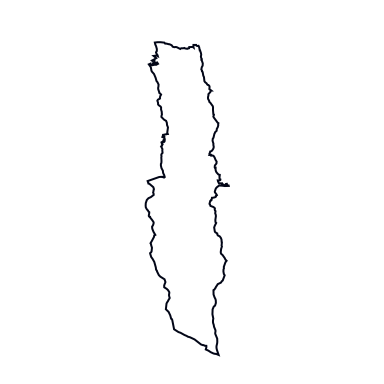 outline of Negomir, Gorj, Romania, rotated 38°
{"feature_id": "2599482B59466565061735", "entity_name": "Negomir", "entity_type": "district", "adm_level": 2, "iso_a3": "ROU", "parent_name": "Romania", "parent_adm1": "Gorj", "projection": "albers", "projection_center": [23.194, 44.802], "detail": "fine", "context": "isolated", "style": "outline", "palette": "ink", "viewbox_px": 384, "rotation_deg": 38, "n_neighbors": 0, "source": "geoboundaries", "source_scale": "gbopen_adm2", "svg_char_len": 6030}
<svg xmlns="http://www.w3.org/2000/svg" viewBox="0 0 384 384"><g transform="rotate(38 192 192)"><path d="M313.3,304.0L308.7,301.0L307.3,299.8L306.2,298.4L304.9,295.6L304.1,294.4L302.1,292.0L297.9,289.6L297.2,289.0L296.4,287.5L295.6,286.5L292.3,284.6L290.9,283.3L289.5,282.4L288.6,281.6L287.3,279.8L286.8,278.7L283.4,275.8L280.5,271.8L279.7,268.9L280.1,267.3L279.1,264.7L277.4,262.7L276.5,262.0L274.6,261.1L272.1,259.5L269.4,256.2L269.3,255.9L269.7,255.2L269.7,254.6L269.5,253.6L269.6,252.9L269.3,252.1L269.2,250.1L269.0,248.8L270.5,245.8L270.6,245.3L270.4,244.2L270.7,242.8L269.0,237.5L267.6,237.0L265.8,235.4L264.6,233.8L264.1,232.4L263.2,231.5L261.6,226.8L261.6,224.9L260.0,224.7L258.4,223.9L254.7,222.8L253.2,222.8L252.4,222.4L251.6,221.6L250.0,218.9L249.1,216.5L248.3,216.0L246.5,213.2L246.0,213.1L245.6,212.4L245.2,212.1L244.5,211.3L243.0,210.4L241.2,209.9L239.0,210.3L238.0,209.8L237.4,209.1L235.1,209.4L234.2,209.0L231.3,206.3L230.7,204.5L230.1,201.5L229.3,201.4L228.5,200.7L227.5,199.5L225.7,196.3L224.7,195.3L223.4,194.5L222.3,192.6L221.4,192.4L220.6,191.7L220.2,190.9L219.5,190.6L217.9,190.7L215.1,191.6L213.9,190.8L213.1,190.6L211.9,187.9L212.2,187.5L211.9,186.8L212.3,186.3L211.3,184.3L211.8,183.9L213.3,182.1L213.7,180.9L213.2,180.4L213.6,179.2L213.0,178.9L210.2,178.1L209.7,177.6L208.8,175.2L208.6,174.3L208.7,172.8L209.4,170.2L211.8,168.5L214.2,167.1L217.2,164.6L216.8,164.3L215.6,165.2L215.2,165.1L215.0,164.5L214.4,164.1L213.9,164.7L214.5,165.2L214.5,165.7L214.0,165.6L213.8,165.8L213.7,166.2L213.9,166.6L213.4,167.0L212.3,166.8L211.7,166.9L211.6,167.6L211.4,167.8L210.5,166.9L210.4,167.1L210.1,166.9L207.9,168.6L205.9,167.6L205.2,167.0L206.0,166.5L206.4,166.0L206.9,165.3L206.9,165.0L206.6,164.6L205.9,164.8L205.5,164.5L204.1,162.9L204.0,162.4L203.3,161.4L202.4,161.9L201.8,161.9L199.5,161.5L198.4,161.1L197.0,160.1L196.0,158.8L195.9,159.1L195.7,159.1L194.6,158.5L193.7,157.0L193.7,154.5L192.7,152.9L190.6,152.1L188.6,150.9L186.8,150.3L185.9,150.5L184.8,151.5L184.3,150.9L184.1,150.9L183.4,151.8L182.9,152.1L182.8,151.5L182.2,151.2L181.9,150.0L181.4,148.9L182.0,148.1L182.3,147.2L182.2,145.2L181.8,143.8L181.2,142.9L179.9,141.8L179.1,140.7L176.7,139.0L175.6,137.3L175.5,136.0L173.8,132.3L173.7,131.4L173.4,130.8L173.7,128.6L172.7,127.0L172.4,125.1L171.7,123.4L170.9,122.5L170.4,121.5L169.5,121.6L163.1,119.8L162.2,119.2L161.8,117.7L161.6,117.5L161.0,117.6L160.6,117.2L158.0,114.4L156.5,112.4L155.6,111.6L151.5,110.4L150.1,110.3L149.4,109.6L147.3,108.7L146.2,107.4L145.5,105.8L144.7,104.8L144.9,101.9L144.3,100.8L144.9,100.2L142.3,100.2L141.1,98.3L140.2,97.7L139.0,97.6L138.5,97.9L137.8,97.9L136.6,97.4L134.7,97.4L133.5,97.0L130.7,94.1L129.3,93.4L126.5,90.9L125.6,90.8L125.2,90.2L123.9,89.7L122.9,87.7L122.6,85.9L121.3,84.0L118.7,82.3L118.1,81.5L117.8,81.8L117.4,81.2L115.7,79.9L114.7,78.1L113.5,77.0L111.1,75.4L110.9,75.6L108.5,73.5L107.1,72.8L106.4,73.6L105.7,73.9L105.1,73.9L104.7,73.6L102.6,75.2L103.6,76.6L104.3,77.2L103.3,77.2L101.8,78.5L100.6,79.5L101.2,80.5L100.8,81.1L100.2,81.6L100.1,82.1L98.0,83.2L97.3,83.2L96.6,84.1L95.2,85.2L94.8,85.8L94.7,86.5L90.7,87.3L89.6,88.0L88.9,88.8L87.3,89.4L85.8,88.9L85.0,89.0L83.3,89.4L83.0,89.7L80.5,90.8L79.5,91.6L78.3,91.3L75.2,93.2L72.7,95.1L70.7,97.1L72.3,98.4L73.9,99.2L76.3,101.0L77.5,102.6L77.6,104.0L77.8,104.3L79.7,105.2L80.6,105.4L81.4,106.0L80.1,106.2L78.0,108.4L81.4,108.5L80.6,110.8L79.5,113.1L80.2,113.1L81.0,111.5L81.9,111.8L82.1,112.4L82.7,112.7L81.9,114.7L83.0,115.1L84.7,111.4L86.3,111.9L85.4,113.9L84.3,114.6L82.7,116.5L82.0,116.7L81.8,117.1L81.2,117.4L80.2,116.5L79.4,118.0L82.7,119.0L85.3,121.3L86.2,121.8L89.4,122.4L93.0,124.4L95.7,126.4L97.1,126.7L99.5,127.9L100.7,129.7L101.2,130.8L102.1,131.8L104.7,133.5L105.1,134.0L105.7,134.1L106.5,134.0L107.7,134.3L107.9,135.9L108.9,137.9L109.2,138.1L108.3,140.3L108.5,141.4L110.2,142.5L111.4,143.9L112.4,144.1L114.7,144.0L115.6,144.4L116.8,146.0L119.0,147.6L119.6,148.5L120.4,149.1L121.2,151.0L121.7,151.7L125.4,152.2L127.8,151.9L129.5,152.9L131.1,154.6L133.3,155.9L135.9,160.4L137.2,161.2L136.2,162.1L136.1,162.5L135.8,162.7L135.2,163.6L134.9,163.7L134.6,164.2L134.0,164.8L134.3,165.3L134.8,166.9L136.2,166.5L136.4,166.1L136.1,165.5L136.3,165.5L137.1,166.8L137.8,167.3L137.6,168.8L138.5,168.9L138.9,169.2L139.2,169.2L139.2,168.9L139.4,169.2L139.6,169.1L138.4,170.5L137.6,171.0L137.6,171.3L137.4,171.7L137.8,172.0L138.5,172.0L138.7,172.4L139.0,172.2L139.5,172.5L139.6,173.4L139.9,174.2L139.6,175.1L142.3,176.4L142.9,177.4L144.7,179.3L144.6,180.6L145.0,181.8L145.9,182.5L146.5,183.6L148.9,186.4L150.0,188.0L150.2,189.0L151.3,190.4L153.3,192.0L156.0,193.2L156.8,194.1L157.9,195.0L159.5,195.7L161.3,197.0L161.1,197.8L160.6,198.0L159.6,198.0L159.3,198.6L158.5,198.9L156.9,200.4L150.3,210.7L152.5,212.2L153.1,211.8L153.7,211.8L158.5,212.0L159.9,212.9L160.5,213.6L160.5,214.1L161.3,215.4L161.7,216.4L162.7,216.9L163.6,217.9L162.7,221.4L161.5,223.7L161.3,226.1L162.4,229.2L163.8,231.2L165.0,232.5L165.6,232.8L167.2,233.5L168.8,233.7L169.7,234.2L170.7,234.2L171.2,234.8L172.5,237.2L172.9,237.6L173.9,237.8L174.3,237.4L175.2,238.0L177.4,238.5L180.0,239.3L180.7,239.8L181.2,240.7L181.7,242.1L181.9,243.9L182.7,244.8L183.6,245.6L186.2,247.1L189.5,248.4L189.0,249.5L189.7,250.8L190.6,255.8L190.8,257.7L190.9,258.0L191.9,258.3L192.2,258.8L194.8,260.6L196.7,263.7L196.9,264.6L196.6,265.8L196.8,266.2L200.0,268.4L201.9,268.9L205.3,270.3L209.9,273.7L211.5,275.3L212.7,275.6L213.3,276.1L217.0,277.9L219.1,278.2L224.1,277.7L226.5,279.3L226.8,280.1L227.2,281.6L227.7,282.9L228.8,284.2L231.6,283.9L233.6,284.1L235.7,284.9L236.2,285.4L237.3,287.4L238.7,288.6L239.4,289.0L239.8,289.6L239.9,291.1L240.3,293.2L240.3,294.2L240.6,295.6L243.6,300.5L247.4,300.9L250.8,302.6L253.6,304.7L254.1,304.5L255.2,305.0L262.4,311.2L267.6,310.7L269.6,310.0L274.2,309.3L276.4,308.7L277.7,308.6L279.9,307.7L284.8,306.6L293.0,306.6L294.8,306.0L295.4,305.5L296.7,305.3L298.0,304.4L298.3,304.7L299.0,305.7L299.8,307.6L302.7,306.9L305.4,306.7L308.4,306.0L310.1,305.2L310.5,304.8L313.3,304.0Z" fill="none" stroke="#020617" stroke-width="2"/></g></svg>